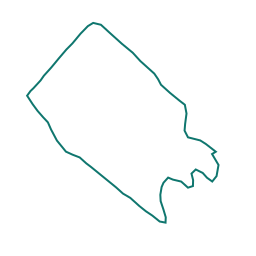 Avgorou, Famagusta, Cyprus (Equal Earth projection), rotated 132°
{"feature_id": "46923920B41547139888237", "entity_name": "Avgorou", "entity_type": "district", "adm_level": 2, "iso_a3": "CYP", "parent_name": "Cyprus", "parent_adm1": "Famagusta", "projection": "equal_earth", "projection_center": [33.844, 35.044], "detail": "fine", "context": "isolated", "style": "outline", "palette": "teal", "viewbox_px": 256, "rotation_deg": 132, "n_neighbors": 0, "source": "geoboundaries", "source_scale": "gbopen_adm2", "svg_char_len": 1026}
<svg xmlns="http://www.w3.org/2000/svg" viewBox="0 0 256 256"><g transform="rotate(132 128 128)"><path d="M173.2,36.8L169.1,40.2L165.0,46.9L160.5,54.8L156.0,59.3L149.4,63.5L144.9,65.0L138.0,65.0L136.3,60.1L132.2,52.6L132.2,43.5L127.7,40.9L123.2,44.7L119.4,50.3L113.5,49.9L111.4,42.4L112.1,36.0L111.4,29.6L104.5,30.0L94.9,36.0L91.1,48.1L86.9,46.9L87.8,59.5L88.9,66.0L94.8,77.2L92.1,84.2L86.7,88.3L78.1,94.2L72.7,101.3L73.2,107.7L73.8,120.1L73.8,132.4L71.6,138.3L70.0,144.8L70.0,154.8L70.0,163.6L68.9,174.8L69.5,188.9L69.5,199.5L69.5,206.0L69.4,217.2L73.2,224.2L74.5,224.6L79.2,226.0L79.3,226.0L87.4,226.3L89.5,226.4L102.4,225.9L110.7,226.3L111.1,226.3L122.4,226.0L134.4,225.5L145.5,225.5L151.1,224.8L161.7,224.9L165.7,225.2L171.5,224.6L174.1,214.8L175.8,206.6L176.8,198.3L177.4,191.3L180.6,184.2L184.9,172.4L187.1,158.3L184.9,151.3L182.2,144.2L182.2,135.4L181.7,129.5L180.6,107.2L180.1,97.2L180.1,87.8L178.4,79.5L178.4,67.2L177.9,58.9L176.8,51.3L176.3,41.9L173.2,36.8Z" fill="none" stroke="#0f766e" stroke-width="2"/></g></svg>